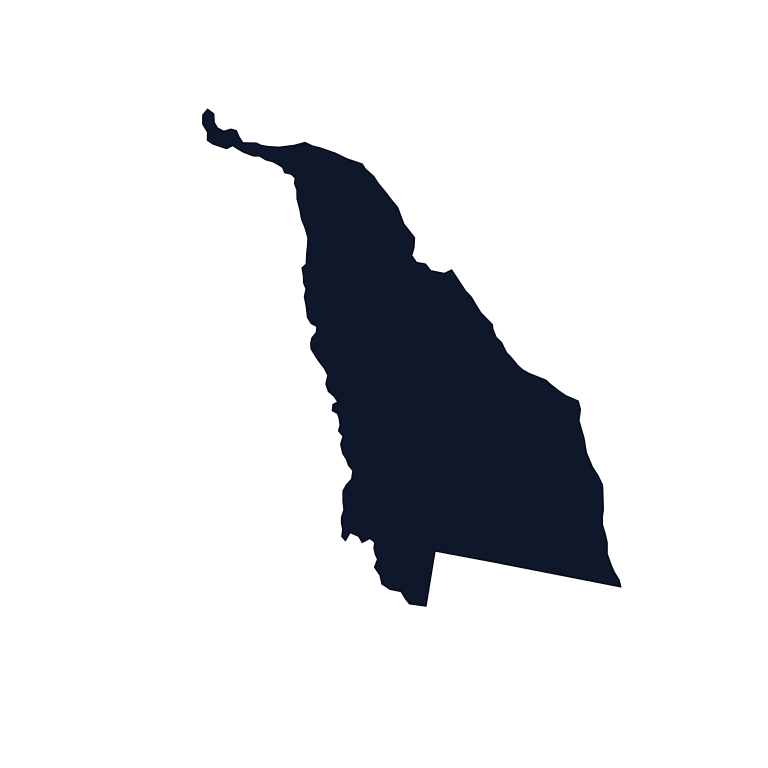 the district of Itambé, Pernambuco, Brazil, rotated 40°
{"feature_id": "56859067B35011638421862", "entity_name": "Itambé", "entity_type": "district", "adm_level": 2, "iso_a3": "BRA", "parent_name": "Brazil", "parent_adm1": "Pernambuco", "projection": "mercator", "projection_center": [-35.181, -7.461], "detail": "fine", "context": "isolated", "style": "filled", "palette": "ink", "viewbox_px": 768, "rotation_deg": 40, "n_neighbors": 0, "source": "geoboundaries", "source_scale": "gbopen_adm2", "svg_char_len": 2115}
<svg xmlns="http://www.w3.org/2000/svg" viewBox="0 0 768 768"><g transform="rotate(40 384 384)"><path d="M78.2,301.4L87.1,304.4L92.1,310.7L98.6,310.0L112.0,304.8L114.7,298.5L121.8,297.6L127.8,296.5L137.3,293.1L142.1,289.2L149.4,288.1L156.0,285.0L162.0,283.8L167.2,283.1L172.0,285.8L178.0,282.8L183.6,283.1L186.7,287.8L192.6,291.2L198.5,298.0L204.0,301.9L208.3,305.0L214.9,310.6L222.9,314.8L231.8,320.8L236.6,327.0L241.4,334.2L247.5,342.1L246.7,347.7L252.8,352.8L257.5,358.1L263.3,361.2L267.0,368.2L274.7,374.5L282.6,382.0L289.3,384.3L295.7,382.9L299.1,387.9L299.3,395.1L301.9,400.0L305.7,403.9L311.6,405.9L319.2,408.2L328.3,410.2L335.4,413.2L339.7,421.4L346.2,425.3L353.7,425.4L360.4,427.3L358.2,432.4L361.6,437.5L367.4,436.3L371.9,439.1L376.9,443.6L379.4,449.0L386.3,450.2L389.7,458.0L397.3,463.7L403.9,465.8L408.9,468.9L416.0,470.3L420.5,477.7L420.1,485.2L421.5,492.3L427.8,499.8L434.3,506.1L437.1,513.1L441.0,517.9L446.0,521.9L449.7,527.8L455.0,528.6L453.3,519.5L462.5,516.8L469.1,519.3L472.3,511.2L478.7,511.1L482.1,516.3L487.1,520.1L491.8,522.2L494.6,530.3L504.0,533.0L511.0,538.4L520.5,537.3L530.5,531.9L539.2,534.8L544.8,535.9L549.2,533.1L558.8,527.1L530.3,479.1L577.3,452.6L695.6,387.2L690.2,383.2L681.7,380.4L675.8,377.6L664.1,370.8L656.8,362.1L649.8,356.8L641.6,351.4L636.2,345.0L632.7,339.3L616.4,321.1L606.9,316.8L596.9,313.7L583.2,306.7L571.8,296.9L556.7,286.8L550.8,277.4L543.7,272.4L530.5,276.3L521.3,277.1L511.3,277.4L505.7,277.1L488.4,282.8L481.0,284.2L474.1,283.9L464.1,282.0L458.0,281.4L452.0,278.9L447.4,276.8L440.1,276.4L432.6,272.4L428.7,269.0L412.3,267.3L402.9,264.2L395.0,261.4L386.7,260.5L362.6,253.3L359.3,260.6L347.0,267.3L338.7,265.6L330.8,270.1L322.6,267.9L319.2,260.3L313.3,252.4L296.3,248.8L280.9,240.1L271.5,238.4L262.0,236.2L250.8,234.2L242.5,231.7L231.3,231.4L226.0,229.6L210.8,235.5L198.1,238.7L183.0,244.5L176.4,247.7L168.3,249.9L162.0,258.9L151.3,270.4L142.1,277.1L136.5,280.3L131.4,281.6L120.9,290.1L114.3,288.1L108.1,285.0L103.1,287.2L98.9,293.5L91.9,295.1L85.8,292.9L79.9,286.7L72.4,287.0L72.4,294.4L78.2,301.4Z" fill="#0f172a" stroke="#020617" stroke-width="1.5"/></g></svg>